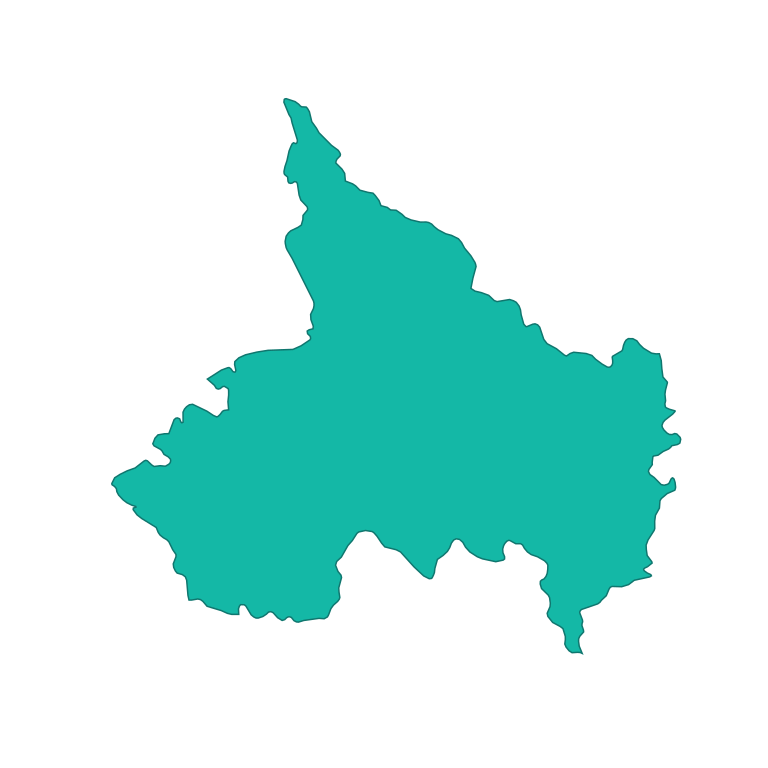 the district of Tra Linh, Cao Bằng, Vietnam, rotated 171°
{"feature_id": "81297802B5716614329371", "entity_name": "Tra Linh", "entity_type": "district", "adm_level": 2, "iso_a3": "VNM", "parent_name": "Vietnam", "parent_adm1": "Cao Bằng", "projection": "natural_earth1", "projection_center": [106.323, 22.803], "detail": "fine", "context": "isolated", "style": "filled", "palette": "teal", "viewbox_px": 768, "rotation_deg": 171, "n_neighbors": 0, "source": "geoboundaries", "source_scale": "gbopen_adm2", "svg_char_len": 6160}
<svg xmlns="http://www.w3.org/2000/svg" viewBox="0 0 768 768"><g transform="rotate(171 384 384)"><path d="M107.3,370.8L110.6,371.2L114.9,372.6L122.1,378.7L125.4,383.1L127.5,387.1L131.1,389.8L135.6,390.6L138.0,389.5L139.7,387.6L141.4,384.7L142.9,380.8L143.9,379.5L153.9,375.6L154.4,374.8L154.5,371.3L154.9,368.8L155.7,367.2L157.5,365.6L159.1,365.3L160.8,365.8L165.4,369.5L171.1,375.3L174.2,379.7L179.6,382.5L191.7,385.7L195.4,385.0L199.4,383.1L201.2,384.2L208.2,391.9L216.6,398.3L219.2,403.1L221.3,415.7L223.0,418.4L225.4,419.8L227.7,419.8L234.0,418.3L234.9,418.6L236.6,421.2L237.7,430.9L237.6,435.9L238.4,439.9L240.6,444.0L243.0,445.9L246.7,447.8L259.5,447.7L262.1,449.2L266.7,455.2L273.5,459.0L279.6,461.5L283.2,464.8L279.6,474.7L274.7,485.6L274.8,488.0L275.2,490.0L278.1,497.0L283.2,505.6L285.3,511.7L287.8,515.8L294.0,520.2L299.5,522.7L306.5,527.9L309.7,531.4L311.9,534.5L314.6,536.5L317.1,537.4L322.7,538.2L331.6,541.8L337.0,545.2L339.6,548.7L344.8,553.7L350.3,554.9L353.1,557.9L359.1,560.6L360.2,565.9L363.2,571.6L365.0,574.2L369.9,575.8L377.5,579.2L381.0,584.1L383.7,586.6L390.4,590.5L389.9,598.2L391.9,602.8L397.0,609.8L396.5,611.6L395.3,613.4L391.6,616.2L391.1,617.7L391.6,619.7L392.7,622.0L398.5,627.9L408.9,642.3L410.7,647.2L414.3,654.4L415.1,664.6L416.5,668.2L417.5,669.7L421.8,670.6L423.0,671.5L424.5,673.7L427.6,676.8L435.9,681.1L437.2,681.1L438.0,680.7L438.8,678.0L435.7,664.9L434.2,661.3L433.9,656.1L431.4,638.5L431.9,636.5L432.6,635.5L433.4,635.2L435.7,636.4L437.1,635.6L438.7,633.3L441.3,629.0L444.9,619.8L447.8,614.2L449.5,609.7L449.7,607.8L449.4,606.4L446.8,603.5L447.1,599.2L446.6,597.6L445.0,596.8L443.3,596.8L440.7,597.9L438.9,597.2L438.2,595.6L438.3,583.9L437.4,578.7L432.2,571.1L432.0,569.1L432.4,567.8L437.6,563.2L438.4,559.1L440.8,553.9L444.4,552.2L452.1,549.9L454.7,548.2L457.5,545.3L459.3,540.4L459.5,538.1L459.3,534.0L458.6,531.4L455.1,522.5L440.7,477.1L440.5,474.8L440.9,472.2L441.9,469.5L445.6,464.2L446.1,459.0L444.8,452.2L445.5,449.6L449.4,449.3L451.6,448.3L451.6,445.6L449.3,442.5L449.4,440.2L450.2,439.2L459.9,434.7L468.5,432.4L493.3,435.4L504.6,435.4L516.2,434.5L523.2,432.6L527.8,429.5L528.5,426.7L528.2,420.5L529.0,419.2L529.8,419.1L531.2,419.8L533.0,423.2L534.5,424.5L535.9,424.5L542.4,423.2L557.7,416.5L551.7,409.2L550.3,405.9L548.5,404.9L546.5,405.1L543.7,406.7L541.9,406.6L538.6,403.8L538.5,401.8L539.2,397.3L540.9,390.9L541.5,382.8L546.1,382.9L547.8,382.3L550.7,379.5L553.1,377.9L554.4,377.7L557.4,379.6L563.2,384.9L576.2,393.9L579.5,393.9L582.6,392.4L585.0,390.4L586.9,387.6L588.4,377.7L589.7,377.3L590.6,378.3L591.3,381.6L593.3,382.8L594.9,382.8L596.9,381.6L604.3,368.6L608.6,369.2L615.2,369.1L618.7,366.3L621.7,361.1L620.8,358.9L615.0,354.4L613.7,352.6L612.3,348.9L608.5,345.8L606.7,343.2L606.7,341.6L607.4,339.8L609.1,338.4L612.8,337.0L617.8,338.3L624.0,338.5L626.1,340.4L629.7,345.1L631.2,345.9L633.0,345.5L642.9,340.0L651.3,338.4L658.7,336.1L664.7,333.5L668.4,328.3L668.4,327.1L666.1,324.9L664.7,322.5L664.7,319.4L663.5,315.8L659.9,310.5L656.6,307.0L652.1,303.8L648.3,301.9L648.3,301.1L651.0,300.7L651.4,299.1L648.4,293.4L644.3,289.0L631.4,277.9L630.2,272.7L628.8,269.8L625.9,266.6L623.0,264.3L621.2,261.9L618.6,253.4L616.1,248.1L616.5,245.9L620.3,239.3L620.4,235.7L619.3,232.0L617.9,229.6L613.0,227.3L610.4,224.7L609.6,221.1L610.7,205.8L610.4,201.1L607.8,200.7L601.6,200.8L599.0,199.8L596.9,197.7L593.5,192.1L580.2,185.7L574.6,182.0L570.5,180.3L563.5,179.2L562.9,184.7L561.6,187.2L560.2,188.5L556.5,187.8L555.1,186.2L551.3,176.8L549.1,174.3L547.1,172.9L544.8,172.5L540.0,173.3L536.1,175.1L533.7,176.8L531.2,176.8L529.2,175.4L525.6,169.8L521.6,166.4L518.9,166.8L516.7,168.4L514.9,169.0L513.5,168.8L512.0,167.9L509.9,164.3L507.7,162.7L505.7,162.2L500.2,163.0L484.8,162.7L479.8,161.5L476.3,162.8L474.9,164.6L471.6,170.4L468.5,173.5L463.8,176.5L461.8,178.5L461.0,180.1L461.0,185.5L460.6,189.7L456.2,199.5L456.4,202.0L458.8,206.1L460.2,212.6L458.5,216.1L453.2,219.7L444.9,230.1L439.8,234.3L434.1,240.7L432.1,241.8L425.2,242.2L418.7,240.1L417.1,238.5L414.7,234.7L411.3,227.3L408.7,223.0L397.9,218.4L393.9,215.5L382.9,198.6L374.8,188.2L369.8,184.6L367.6,184.5L366.8,185.0L365.1,187.4L363.7,189.9L362.6,193.9L358.7,202.4L352.5,205.4L347.6,208.7L344.7,212.1L342.3,216.3L339.6,219.0L337.0,219.8L333.7,218.7L330.9,215.3L329.0,210.1L325.5,204.7L318.9,198.8L314.1,195.9L301.4,191.0L293.9,191.4L292.3,192.3L291.9,194.5L292.9,198.8L292.6,202.4L291.2,205.5L289.7,207.5L287.3,209.5L285.3,210.1L284.1,209.7L278.8,205.6L274.0,204.9L272.3,203.3L271.0,199.7L268.6,195.7L265.3,192.5L259.3,189.3L253.1,184.3L251.1,181.4L250.5,179.4L251.2,175.6L252.4,171.5L254.1,168.6L256.5,166.4L258.8,165.8L260.4,164.7L261.0,162.0L260.4,157.3L254.8,149.8L253.9,147.1L254.0,141.6L254.8,138.2L258.7,132.0L258.5,128.8L254.7,122.1L248.1,117.1L245.5,114.4L244.4,106.3L244.9,103.0L246.1,98.9L245.3,95.6L242.9,91.5L240.3,89.2L234.8,88.7L232.2,88.1L230.4,86.9L232.2,94.5L232.1,99.3L231.6,101.9L230.1,104.2L225.6,107.9L225.5,109.8L226.3,114.5L225.8,116.6L225.0,118.0L224.9,119.8L226.4,127.0L226.4,128.2L225.6,129.3L224.3,130.4L207.3,133.4L204.9,134.6L203.1,136.4L197.6,140.1L193.9,146.1L192.4,147.8L190.5,148.4L180.9,146.6L173.8,147.6L167.5,151.0L151.7,151.9L149.9,152.7L150.3,154.0L153.5,156.1L156.1,158.7L156.6,159.9L156.4,160.7L155.1,161.5L152.3,162.3L147.2,165.2L147.3,166.6L150.9,173.4L150.8,179.5L150.3,183.9L147.6,188.7L140.2,197.0L139.2,198.8L138.1,206.2L136.4,211.9L131.4,218.3L129.7,225.5L128.0,227.5L121.4,231.5L113.4,233.6L112.6,235.0L112.1,236.5L111.9,241.2L112.4,244.7L113.2,245.8L113.9,246.2L115.3,245.3L117.8,241.6L119.5,240.6L123.1,240.2L126.0,241.3L131.8,249.4L135.5,253.0L136.5,256.1L135.8,258.1L131.6,262.4L131.4,264.5L129.8,270.1L129.0,270.7L124.5,270.8L118.8,273.7L113.0,275.3L110.8,276.6L109.4,278.0L103.8,278.3L102.3,278.8L101.0,279.4L99.6,283.0L99.9,285.0L102.6,288.8L104.6,289.6L107.3,289.0L110.0,289.5L112.2,291.3L114.7,294.8L115.8,297.4L116.0,299.4L114.4,302.4L112.1,304.4L103.6,309.1L100.8,311.4L100.8,312.0L106.0,314.4L108.9,316.3L109.7,317.4L109.7,320.4L108.5,323.4L108.1,330.0L106.9,334.0L103.9,340.9L103.9,341.6L107.4,347.3L107.2,355.7L106.5,363.8L107.3,370.8Z" fill="#14b8a6" stroke="#0f766e" stroke-width="1.5"/></g></svg>